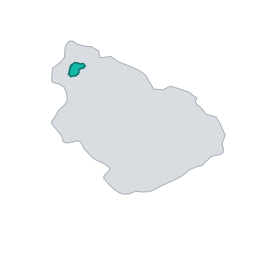 Kangpara, Tashigang, Bhutan (highlighted), rotated 209°
{"feature_id": "84629894B39590261295219", "entity_name": "Kangpara", "entity_type": "district", "adm_level": 2, "iso_a3": "BTN", "parent_name": "Bhutan", "parent_adm1": "Tashigang", "projection": "equal_earth", "projection_center": [91.702, 27.164], "detail": "fine", "context": "in_parent", "style": "filled", "palette": "teal", "viewbox_px": 256, "rotation_deg": 209, "n_neighbors": 0, "source": "geoboundaries", "source_scale": "gbopen_adm2", "svg_char_len": 4189}
<svg xmlns="http://www.w3.org/2000/svg" viewBox="0 0 256 256"><g transform="rotate(209 128 128)"><path d="M197.4,108.7L197.0,110.4L195.4,114.9L194.4,119.9L195.2,124.0L198.8,128.8L203.7,132.7L209.8,133.0L215.4,131.5L217.7,132.1L220.8,138.6L223.0,144.2L220.0,150.0L218.4,155.1L217.8,158.7L218.2,160.3L220.0,163.2L222.1,168.2L222.4,172.8L221.1,175.8L218.2,177.3L215.1,176.9L212.5,176.9L209.3,177.5L204.3,179.2L199.6,181.4L190.8,181.0L187.3,176.4L185.7,176.4L177.7,182.3L169.0,181.3L153.2,183.2L146.6,183.7L139.8,183.0L136.4,181.8L130.0,177.7L124.2,174.6L118.3,177.4L116.2,177.9L111.5,185.0L101.2,187.3L91.0,189.0L88.0,188.1L82.3,187.6L82.1,186.0L82.3,184.4L81.0,183.1L78.6,181.8L74.6,181.3L69.5,179.5L66.5,177.8L56.1,180.3L50.0,176.6L43.1,171.5L39.6,169.2L38.4,161.3L37.2,158.8L34.5,156.1L33.0,153.0L34.3,149.7L41.2,143.7L41.8,142.3L45.1,131.1L49.5,127.0L53.9,121.3L57.3,112.4L63.7,103.1L70.8,93.7L75.6,86.0L78.8,82.4L85.4,78.5L90.9,76.3L94.7,71.1L99.3,68.3L104.0,67.0L111.0,67.7L117.6,69.5L124.8,72.1L125.6,74.1L125.0,77.8L123.9,81.5L123.9,83.4L125.0,84.4L132.0,85.1L140.7,84.6L145.5,85.1L156.3,88.5L159.5,90.9L162.8,92.8L166.0,92.4L170.1,88.5L174.4,85.1L177.1,84.6L179.0,85.7L182.4,88.9L189.5,91.9L195.9,94.2L197.9,96.3L197.2,105.6L197.4,108.7Z" fill="#d9dde1" stroke="#a8b0b8" stroke-width="1"/><path d="M198.1,162.6L198.2,162.4L198.3,162.3L198.5,162.3L198.8,162.3L198.8,162.2L199.0,162.2L199.3,162.2L199.5,161.9L199.6,161.7L199.8,161.5L199.9,161.4L200.1,161.3L200.4,161.3L200.5,161.2L200.8,161.0L200.9,160.9L201.0,160.9L201.3,160.8L201.5,160.8L201.9,160.8L202.0,160.7L202.5,160.3L202.8,160.3L203.0,160.5L203.3,160.6L203.4,160.4L203.5,160.1L203.9,160.1L204.1,160.0L204.4,160.0L204.6,160.0L204.8,160.1L205.0,160.1L205.3,159.9L205.5,159.8L205.8,159.8L205.9,159.7L206.0,159.5L206.2,159.4L206.3,159.2L206.3,158.9L206.3,158.7L206.5,158.6L206.7,158.4L206.8,158.4L206.9,158.2L207.0,158.1L207.0,157.9L207.1,157.5L207.1,157.4L207.3,157.2L207.5,157.0L207.5,156.9L207.4,156.7L207.5,156.6L207.6,156.4L207.8,156.2L208.0,156.1L208.0,155.9L208.0,155.7L208.1,155.4L208.3,155.2L208.3,154.9L208.2,154.7L208.1,154.4L208.1,154.1L207.9,154.2L207.7,154.2L207.8,154.1L207.9,153.9L207.9,153.6L208.0,153.6L207.9,153.4L207.8,153.2L207.9,152.8L207.9,152.6L208.0,152.5L208.0,152.4L207.9,152.2L207.8,151.9L207.7,151.9L207.4,151.9L207.3,151.7L207.2,151.4L207.2,151.0L207.3,150.9L207.3,150.6L207.3,150.4L207.2,150.1L207.2,149.9L207.1,149.7L207.0,149.2L206.9,149.0L206.8,148.8L206.7,148.7L206.7,148.4L206.7,148.2L206.4,147.9L206.0,147.7L205.7,147.7L205.6,147.4L205.8,147.3L206.0,147.3L206.1,147.2L206.2,146.9L206.2,146.6L206.2,146.4L206.3,146.3L206.3,146.2L206.2,146.1L205.9,146.1L205.5,146.3L205.3,146.3L205.3,146.2L205.2,146.2L204.9,145.9L204.7,145.8L204.6,145.7L204.4,145.6L204.2,145.7L203.9,145.5L203.6,145.4L203.3,145.3L203.1,145.2L202.9,145.1L202.8,145.3L202.7,145.5L202.7,145.8L202.3,145.9L202.2,146.0L201.9,146.2L201.8,146.3L201.5,146.4L201.4,146.6L201.3,146.8L201.1,146.8L200.8,147.0L200.7,147.1L200.4,147.3L200.3,147.6L200.2,147.8L200.1,148.0L199.8,148.1L199.7,148.2L199.4,148.0L199.2,148.2L198.9,148.3L198.8,148.5L198.7,148.7L198.7,148.9L198.7,149.0L198.7,149.3L198.7,149.5L198.7,149.8L198.4,149.9L198.4,150.0L198.4,150.3L198.3,150.5L198.2,150.6L198.1,150.8L198.0,151.0L197.9,151.0L198.0,151.2L198.0,151.3L197.9,151.4L198.0,151.6L198.0,151.8L198.0,152.0L197.9,152.3L197.7,152.5L197.8,152.9L197.9,153.0L198.0,153.1L198.1,153.3L198.2,153.5L198.3,153.6L198.3,153.8L198.5,154.0L198.8,154.3L198.9,154.5L199.0,154.6L199.2,154.8L199.3,155.0L199.2,155.2L199.1,155.3L199.0,155.5L198.9,155.6L198.9,155.8L198.7,155.8L198.5,156.0L198.3,156.1L198.3,156.3L198.2,156.5L198.3,156.7L198.2,156.7L198.1,156.8L198.0,157.0L197.8,157.3L197.7,157.5L197.8,157.7L197.8,157.8L197.7,157.9L197.4,157.9L197.3,158.0L197.2,158.1L196.9,158.2L196.6,158.2L196.4,158.3L196.3,158.5L196.2,158.6L196.1,158.8L196.0,159.0L196.0,159.3L195.9,159.4L195.8,159.5L195.7,159.8L195.6,160.4L195.6,160.5L195.6,160.8L195.5,161.2L195.5,161.3L195.5,161.6L195.8,161.6L195.9,161.8L196.1,161.9L196.3,162.0L196.4,161.9L196.5,161.9L196.8,161.9L197.1,162.0L197.5,162.5L197.8,162.5L198.0,162.5L198.1,162.6Z" fill="#14b8a6" stroke="#0f766e" stroke-width="1.5"/></g></svg>